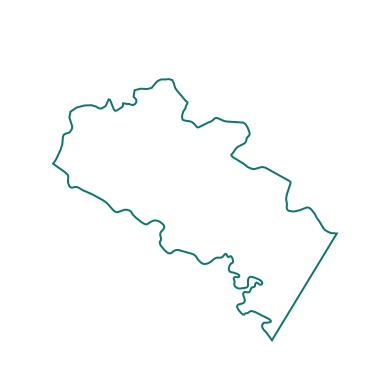 an SVG outline of Bafatá, rotated 121°
{"feature_id": "GNB-776", "entity_name": "Bafatá", "entity_type": "Region", "adm_level": 1, "iso_a3": "GNB", "parent_name": "Guinea-Bissau", "parent_adm1": "", "projection": "robinson", "projection_center": [-14.664, 12.138], "detail": "fine", "context": "isolated", "style": "outline", "palette": "teal", "viewbox_px": 384, "rotation_deg": 121, "n_neighbors": 0, "source": "natural_earth", "source_scale": "10m", "svg_char_len": 4410}
<svg xmlns="http://www.w3.org/2000/svg" viewBox="0 0 384 384"><g transform="rotate(121 192 192)"><path d="M153.0,46.5L172.0,46.6L255.7,47.0L277.9,47.1L274.1,56.0L273.1,59.7L272.1,61.6L270.9,62.8L269.7,63.3L268.4,63.4L267.3,63.1L266.5,62.2L265.2,60.0L263.4,58.3L262.6,57.7L261.7,58.2L261.2,60.1L262.3,75.4L263.1,79.0L263.7,80.1L264.7,80.9L267.0,81.9L268.6,83.7L269.5,84.1L270.3,84.2L270.8,85.3L270.5,87.3L269.3,90.9L268.3,92.7L267.5,94.0L267.0,94.3L266.6,94.5L265.9,94.6L264.8,94.4L264.4,94.1L263.7,93.5L262.1,91.8L261.1,91.0L260.0,90.5L258.7,90.5L257.5,91.0L256.6,91.8L253.9,95.0L253.2,95.5L252.2,95.9L251.2,95.8L250.5,95.3L250.1,94.7L249.3,92.3L248.5,91.5L247.3,91.2L244.7,91.6L243.4,91.6L242.4,91.1L241.7,90.3L241.0,89.7L240.5,89.5L238.6,90.3L237.4,90.5L236.5,90.1L236.2,88.9L236.5,87.1L236.4,85.8L235.4,84.7L234.2,84.8L233.2,85.4L232.6,87.1L232.5,89.6L233.2,94.3L233.9,96.8L234.8,98.5L235.9,99.0L237.2,99.1L238.4,98.7L239.5,98.2L242.8,96.1L243.9,95.6L244.9,95.7L246.0,96.3L246.8,97.1L250.0,101.1L250.6,102.3L251.0,103.7L251.0,105.3L250.6,106.9L249.2,108.4L247.9,108.8L246.7,109.5L245.9,110.3L245.2,111.3L244.4,111.9L243.4,111.8L242.6,111.1L241.5,108.9L240.9,108.2L240.3,108.0L239.5,108.2L238.9,109.3L238.9,111.2L240.0,115.8L240.6,117.1L240.7,118.1L240.6,119.0L239.8,120.2L238.7,121.0L237.4,121.5L235.9,121.8L234.6,121.9L233.3,121.7L231.5,120.7L230.6,120.9L229.7,121.5L228.8,122.4L228.0,123.3L227.4,124.4L227.1,125.4L227.4,126.3L228.5,126.8L229.1,127.5L228.7,128.7L228.2,129.6L227.8,130.1L227.6,130.5L227.6,131.1L228.0,131.6L231.9,132.5L233.0,133.1L233.8,134.0L235.1,136.3L235.9,137.3L236.9,138.0L238.0,138.6L242.0,139.9L243.0,140.4L245.1,141.7L246.8,143.5L247.5,144.6L247.9,146.2L247.9,148.0L247.1,151.2L246.4,152.9L245.1,155.5L244.8,157.2L244.8,159.4L248.6,173.4L248.9,174.2L249.4,175.0L250.1,175.9L251.1,176.6L252.2,177.3L254.6,178.2L255.6,178.9L256.4,179.9L256.6,182.1L256.1,185.2L254.1,191.1L252.6,193.1L251.1,194.0L249.9,193.8L248.8,194.1L247.7,194.7L245.2,197.1L244.2,197.7L243.1,198.0L241.9,198.0L239.0,197.3L237.7,197.4L236.4,197.7L235.3,198.7L234.6,200.3L234.1,203.4L234.2,205.7L235.0,208.3L235.9,209.7L236.9,210.7L238.9,212.0L242.4,213.7L243.3,214.4L243.9,216.5L243.9,220.0L242.8,227.5L241.9,230.8L241.1,232.7L240.6,233.3L240.1,234.5L240.1,236.1L240.8,238.7L241.5,240.0L242.4,241.1L247.2,245.0L248.0,246.0L248.4,247.6L248.3,249.7L245.4,258.8L245.1,261.1L244.9,264.3L245.4,276.5L246.7,286.4L246.7,291.5L247.1,293.3L247.7,294.6L249.5,296.4L250.2,297.3L250.5,298.7L250.1,300.3L248.3,302.5L247.0,303.7L243.2,305.6L242.2,306.3L241.4,307.0L240.5,310.6L239.3,325.6L233.9,325.3L223.1,326.5L217.7,327.8L211.1,331.1L209.0,331.4L207.4,330.6L204.7,328.2L203.9,327.6L200.0,327.4L197.6,328.3L191.3,335.5L185.7,337.5L179.1,334.4L173.2,328.7L169.3,322.7L168.2,318.2L168.2,315.1L167.2,312.7L163.0,310.3L155.5,311.1L155.2,309.7L161.2,301.9L162.0,299.7L161.1,298.6L155.1,295.6L154.1,295.5L153.0,295.9L151.7,296.8L151.0,295.8L150.2,293.5L148.9,291.1L148.5,289.0L147.7,287.1L145.5,286.0L143.0,286.2L141.4,287.7L140.4,291.2L134.3,293.6L130.0,289.3L126.7,283.3L123.5,280.2L116.6,279.2L114.4,278.5L111.7,276.7L110.4,274.8L109.2,272.7L107.2,270.1L106.2,266.6L108.3,263.4L111.3,260.3L112.8,257.1L117.2,244.0L117.3,242.3L118.4,241.6L121.9,241.4L124.3,240.6L125.0,240.8L127.7,240.9L130.2,240.3L131.5,239.8L132.6,239.2L133.5,238.6L134.2,238.0L134.6,237.5L134.8,236.8L134.7,235.8L134.1,234.0L132.5,230.2L132.2,228.9L132.1,228.3L132.2,226.6L132.6,224.7L133.5,222.3L133.9,220.9L133.1,219.6L123.5,213.5L122.3,212.4L120.3,211.3L117.7,210.6L116.6,210.0L115.9,209.0L115.4,207.6L114.6,201.0L113.6,198.3L106.2,184.1L106.1,182.4L106.5,180.5L108.3,177.3L110.5,174.3L111.4,173.4L112.4,172.6L113.4,172.2L114.6,172.2L115.8,172.6L117.1,172.8L118.4,172.6L119.6,172.1L120.8,171.8L122.0,171.8L122.8,172.0L123.7,172.3L129.9,176.1L131.1,176.5L132.5,176.8L137.0,177.0L139.6,177.5L140.6,176.8L141.1,174.6L141.2,162.1L141.9,156.9L141.4,153.2L140.7,151.1L139.8,149.9L135.3,145.7L134.5,144.7L134.0,143.6L133.5,142.1L133.3,140.5L132.4,114.0L132.8,112.6L134.0,112.0L145.4,109.4L149.1,107.9L150.2,107.2L153.0,104.7L154.1,104.0L155.3,103.5L156.4,102.9L157.4,102.1L158.1,101.0L158.3,99.6L157.5,97.3L156.9,95.8L156.3,94.8L155.7,94.0L152.5,90.6L146.6,86.0L145.8,85.2L145.3,83.6L145.4,81.3L146.8,77.2L147.9,74.9L150.2,71.1L151.2,68.5L155.0,61.4L155.6,60.1L156.1,58.2L156.1,55.1L155.7,51.9L153.0,46.5Z" fill="none" stroke="#0f766e" stroke-width="2"/></g></svg>